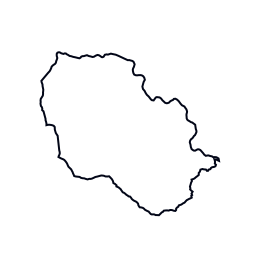 the district of Morro Agudo, São Paulo, Brazil, rotated 162°
{"feature_id": "56859067B75042481865751", "entity_name": "Morro Agudo", "entity_type": "district", "adm_level": 2, "iso_a3": "BRA", "parent_name": "Brazil", "parent_adm1": "São Paulo", "projection": "mercator", "projection_center": [-48.177, -20.691], "detail": "fine", "context": "isolated", "style": "outline", "palette": "ink", "viewbox_px": 256, "rotation_deg": 162, "n_neighbors": 0, "source": "geoboundaries", "source_scale": "gbopen_adm2", "svg_char_len": 4118}
<svg xmlns="http://www.w3.org/2000/svg" viewBox="0 0 256 256"><g transform="rotate(162 128 128)"><path d="M65.4,83.4L66.0,84.7L67.2,85.8L68.5,86.2L71.2,85.7L72.4,86.2L73.2,87.1L74.0,88.3L74.1,90.6L73.7,92.8L73.7,95.1L73.1,96.4L71.8,97.7L70.1,98.3L69.1,98.9L67.8,100.0L66.5,100.5L65.2,101.8L64.1,103.1L63.8,104.3L63.8,106.2L63.1,110.4L64.4,112.2L65.1,113.3L66.3,114.1L67.5,115.6L68.4,116.5L69.1,117.7L69.2,119.1L68.8,120.5L68.6,121.6L68.1,123.1L67.2,124.4L66.7,125.5L66.7,127.7L67.3,129.5L67.7,131.0L69.7,133.0L70.5,134.9L71.0,136.4L71.4,137.7L72.1,139.0L72.7,140.0L73.9,141.2L75.4,141.5L76.5,140.8L78.5,140.6L79.7,140.3L81.1,139.5L82.6,139.4L83.8,139.7L85.0,140.6L85.6,141.8L86.7,143.7L87.4,145.8L88.5,147.3L89.8,147.9L91.1,148.5L92.2,148.4L95.1,146.3L96.7,147.1L97.4,148.2L98.6,151.6L99.8,153.7L100.2,155.1L100.5,156.4L100.7,158.0L101.7,160.5L101.5,163.0L100.9,163.9L99.6,165.9L98.7,167.2L97.1,168.6L97.0,170.8L97.5,172.5L98.6,173.8L99.9,174.5L101.7,175.0L103.2,175.3L104.5,175.9L105.6,176.9L105.9,178.7L105.7,180.7L105.4,182.0L104.7,183.1L103.6,184.2L102.9,185.2L102.0,186.6L102.3,189.3L103.1,190.4L104.6,191.4L105.8,192.2L107.3,192.6L110.2,195.3L111.8,196.8L113.2,198.1L114.7,199.5L117.0,201.5L120.0,203.2L121.3,204.0L124.4,204.0L125.6,204.6L127.4,204.8L129.2,203.3L130.3,203.2L131.2,203.6L131.9,204.7L133.2,206.2L134.5,206.9L136.2,206.8L138.4,206.3L139.8,206.5L141.4,207.6L143.1,208.6L144.5,209.9L146.3,210.0L147.7,210.0L149.2,210.4L150.4,210.3L151.4,209.6L152.6,209.3L153.7,209.9L156.4,211.6L158.2,212.6L159.8,213.8L161.3,214.6L162.4,216.0L163.5,217.1L164.1,218.1L165.2,218.5L166.5,218.4L168.4,219.7L169.6,221.1L170.8,221.5L171.9,221.4L172.9,220.5L173.5,218.6L173.6,216.4L174.6,215.0L175.6,213.8L176.4,212.4L177.4,211.6L179.4,211.0L180.5,210.6L181.7,209.9L182.6,208.6L183.9,207.2L185.0,206.2L187.0,205.1L195.8,199.6L196.0,198.1L195.9,196.9L195.9,195.7L196.3,194.2L196.5,192.5L196.7,190.7L197.3,189.2L197.8,188.2L198.2,186.8L199.0,185.1L200.3,184.0L202.0,182.6L202.7,181.1L203.0,179.7L203.7,178.2L204.0,175.9L203.5,174.5L203.5,173.1L204.1,171.5L203.2,170.0L203.6,162.2L204.0,160.9L204.0,159.1L204.2,157.3L204.7,155.9L203.5,155.8L202.1,155.5L200.7,154.9L199.4,154.2L198.0,153.1L197.4,151.6L198.1,149.0L198.2,145.6L197.8,144.0L197.3,142.4L200.3,128.0L200.4,126.3L200.8,124.8L201.5,123.8L202.4,122.9L203.1,121.9L201.0,119.7L199.1,118.1L198.4,117.2L197.7,115.6L197.2,114.1L196.9,112.7L196.8,111.1L196.6,109.6L195.5,107.5L194.8,106.2L194.6,104.7L194.3,103.2L194.3,101.8L194.1,100.6L194.0,98.9L192.6,98.0L191.5,97.5L190.4,97.0L189.1,96.4L188.3,95.3L187.0,94.4L185.1,93.6L184.0,92.7L182.3,91.6L180.6,91.6L179.5,91.2L178.1,91.0L176.2,91.2L174.2,91.5L172.2,91.3L170.1,91.2L168.1,91.1L167.1,90.7L165.8,90.1L164.4,88.9L162.8,88.3L160.9,87.9L160.2,86.6L159.7,85.5L159.1,84.2L158.7,82.1L158.9,80.1L157.6,78.8L156.6,77.0L157.1,76.0L155.3,74.4L154.4,72.9L153.8,71.9L153.6,70.8L153.2,69.7L152.9,68.5L151.8,67.6L150.9,66.3L150.1,64.8L149.2,63.9L148.6,62.8L147.3,62.2L146.7,60.9L146.3,59.3L145.7,58.3L145.0,57.3L144.2,56.5L143.3,55.7L142.5,54.6L141.8,53.0L142.0,51.4L141.8,50.2L141.4,49.0L140.2,48.5L138.6,47.5L137.7,46.3L137.2,45.1L136.2,44.0L135.1,42.9L134.2,42.2L133.6,40.6L132.9,39.1L132.0,38.4L130.7,38.1L129.6,37.6L128.7,36.7L127.0,36.1L125.5,35.5L124.3,36.1L123.1,36.7L122.0,37.3L120.6,37.5L119.6,38.3L118.3,38.1L116.4,37.6L114.8,36.9L113.2,37.0L111.6,36.4L109.9,35.1L108.6,34.5L107.6,35.1L107.1,36.5L106.0,37.2L104.5,37.6L103.6,38.7L102.3,38.7L100.9,38.7L98.7,39.4L97.4,39.5L95.9,40.4L94.5,41.2L92.8,41.5L91.7,41.7L90.5,41.8L88.9,42.1L88.8,43.9L87.7,44.4L87.9,45.9L86.2,47.5L87.1,48.8L87.9,50.4L87.3,51.4L87.2,53.1L86.0,54.8L84.9,56.5L83.6,57.8L83.5,59.3L81.5,59.3L80.3,59.5L78.7,60.2L76.9,60.8L75.2,61.5L74.6,63.4L73.1,64.3L72.0,66.0L69.9,66.0L68.6,65.2L66.7,64.4L66.1,62.8L65.0,62.6L64.2,63.5L62.4,63.4L61.5,64.3L60.1,64.7L58.1,64.4L56.7,64.6L55.7,65.8L56.4,67.4L55.7,68.8L55.5,70.3L55.5,71.5L53.9,70.7L52.8,69.7L51.6,68.6L51.3,71.0L52.3,72.2L53.2,73.0L54.7,73.6L55.9,73.8L56.8,75.0L58.7,76.1L59.8,77.0L60.8,77.3L62.6,77.5L63.8,79.2L64.2,80.6L64.9,82.2L65.4,83.4Z" fill="none" stroke="#020617" stroke-width="2"/></g></svg>